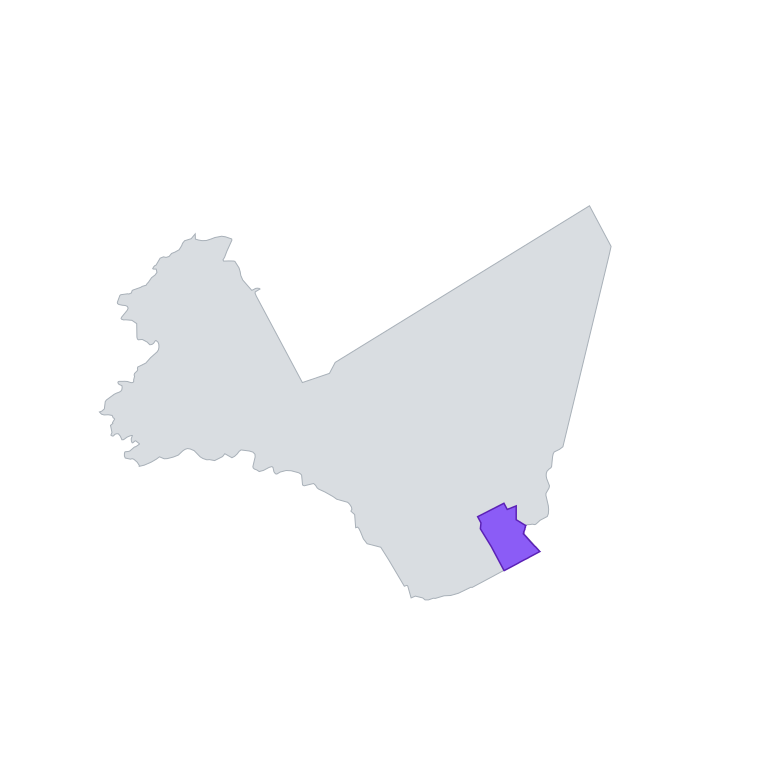 Tin-Essako, Kidal, Mali (highlighted), rotated 62°
{"feature_id": "8926073B78830545080626", "entity_name": "Tin-Essako", "entity_type": "district", "adm_level": 2, "iso_a3": "MLI", "parent_name": "Mali", "parent_adm1": "Kidal", "projection": "equal_earth", "projection_center": [3.476, 18.561], "detail": "fine", "context": "in_parent", "style": "filled", "palette": "violet", "viewbox_px": 768, "rotation_deg": 62, "n_neighbors": 0, "source": "geoboundaries", "source_scale": "gbopen_adm2", "svg_char_len": 4816}
<svg xmlns="http://www.w3.org/2000/svg" viewBox="0 0 768 768"><g transform="rotate(62 384 384)"><path d="M184.8,567.0L185.0,564.3L183.2,562.4L183.2,561.5L184.4,553.6L184.3,551.6L185.1,547.6L184.0,545.8L183.7,544.5L181.0,539.3L180.3,535.0L178.9,532.1L175.6,531.2L174.3,533.6L173.6,534.1L172.4,532.3L171.9,530.8L172.0,529.4L167.8,522.6L168.2,519.0L169.9,517.0L170.5,513.9L169.0,510.3L169.4,506.8L169.3,501.9L166.9,497.7L165.2,495.8L163.9,492.8L165.2,486.0L162.8,480.2L167.5,482.5L169.7,480.3L172.0,477.4L173.9,473.5L174.8,468.6L175.3,464.5L177.3,458.0L179.6,454.9L184.4,450.4L185.6,450.8L193.0,460.4L197.3,465.3L198.8,467.9L200.2,467.9L202.5,463.2L204.8,459.1L205.7,458.1L213.4,457.5L217.4,458.3L220.9,459.5L225.9,459.9L239.2,456.8L239.4,454.9L239.3,452.6L239.9,450.9L241.0,449.3L241.9,448.9L242.2,454.4L243.3,455.2L246.4,455.5L344.4,455.4L349.0,427.2L342.0,416.9L323.1,118.9L369.1,118.9L376.9,125.6L523.4,255.5L524.1,259.7L523.9,265.6L525.0,267.3L527.2,269.2L535.6,274.8L536.3,275.9L536.6,278.2L537.6,281.1L539.3,282.8L541.4,284.0L544.0,284.8L551.6,285.7L553.3,287.1L556.6,292.3L558.3,293.3L568.7,296.1L572.0,297.5L575.7,299.8L577.6,302.0L577.6,310.1L579.0,315.4L579.0,316.8L577.3,319.0L576.9,320.5L575.0,324.7L575.4,326.4L579.0,329.6L580.8,330.5L582.8,330.5L604.7,325.0L605.0,401.6L604.2,402.8L603.7,416.5L602.0,424.5L599.2,430.4L597.4,439.3L596.3,441.0L595.5,446.1L593.9,449.1L591.1,450.2L586.0,455.9L585.6,460.5L573.7,457.9L572.9,458.0L572.4,458.6L572.1,461.0L541.6,462.4L526.6,463.5L517.1,473.9L511.0,474.9L503.3,474.1L499.4,474.0L497.9,474.6L497.6,476.5L485.5,471.2L480.9,472.9L480.2,472.3L479.6,471.2L477.4,470.5L473.9,470.8L471.4,471.6L463.6,479.8L459.4,481.9L451.7,486.8L446.2,491.0L444.3,491.8L441.3,492.0L438.8,492.9L436.4,502.3L434.9,503.3L425.7,499.5L423.9,500.0L422.2,501.1L417.0,506.7L414.4,511.1L413.0,517.0L413.2,520.9L412.3,522.0L409.9,522.4L405.6,521.2L404.3,521.7L403.7,524.6L403.7,531.0L402.7,535.3L400.1,536.7L398.2,538.4L396.6,538.9L395.3,538.5L387.9,532.0L385.4,530.9L382.6,531.7L379.9,534.4L375.1,541.2L375.5,543.6L376.8,546.4L377.7,549.8L377.7,552.9L370.8,557.3L372.3,560.6L372.1,569.5L368.9,573.5L367.7,576.1L364.7,578.9L362.0,580.5L353.7,582.9L350.3,585.7L348.7,587.9L348.3,590.4L348.6,593.2L350.2,599.0L349.6,604.3L348.1,610.5L346.8,613.2L342.9,616.4L343.5,620.5L343.7,626.3L343.1,633.8L341.8,638.8L340.9,638.3L337.2,638.6L333.2,640.1L331.7,641.4L331.4,643.1L327.9,647.2L325.7,647.0L323.6,645.9L322.4,644.8L322.4,644.2L323.7,640.9L323.8,639.8L322.5,634.0L322.8,632.6L322.3,628.2L322.0,628.0L317.6,629.9L317.4,630.7L318.0,633.5L317.6,634.0L316.0,633.9L313.8,633.0L311.4,630.4L310.8,631.3L310.5,633.3L310.3,635.7L310.9,640.1L310.2,641.6L306.4,641.3L303.3,641.9L302.4,643.4L302.1,645.2L302.8,647.1L302.7,647.9L301.4,649.1L300.8,649.0L299.0,646.9L292.1,644.9L291.5,641.9L290.7,641.9L288.5,638.3L287.6,638.4L286.8,639.0L284.1,638.8L281.7,641.9L279.9,645.7L278.0,647.6L275.1,648.4L275.5,646.0L274.7,642.6L268.7,638.4L267.8,636.6L266.4,627.1L266.5,624.3L266.9,621.7L266.8,619.8L266.1,618.3L264.3,616.9L262.4,616.2L260.0,618.1L258.9,618.4L257.8,618.3L257.2,617.6L257.3,616.7L260.0,611.5L261.3,609.4L263.9,606.9L264.6,605.6L264.7,604.7L264.4,603.9L262.7,603.0L260.1,600.6L258.7,600.4L257.6,599.3L256.4,595.5L255.8,594.8L254.5,594.4L253.4,593.5L253.7,584.5L251.2,577.8L249.1,569.2L247.9,567.1L245.8,565.4L243.3,564.2L241.0,563.9L238.5,564.9L238.5,565.7L239.9,568.4L240.1,570.0L239.8,571.4L239.3,572.4L235.8,573.4L231.2,576.5L229.6,580.2L228.5,580.6L226.7,580.2L214.6,574.0L209.4,576.7L206.0,582.0L205.2,583.8L203.6,585.3L202.7,585.4L201.8,584.3L198.4,576.2L196.9,574.3L195.0,574.2L193.3,575.5L191.5,578.2L189.3,580.8L187.9,581.5L186.7,581.1L181.8,575.6L181.6,574.5L184.0,568.0L184.8,567.0Z" fill="#d9dde1" stroke="#a8b0b8" stroke-width="1"/><path d="M605.2,365.5L605.2,364.3L605.2,363.0L605.2,360.4L605.2,357.8L605.2,355.3L605.2,352.6L605.2,350.1L605.1,347.5L605.1,344.9L605.1,342.3L605.2,339.8L605.2,337.9L605.1,337.3L605.1,334.3L605.1,332.1L605.1,329.6L605.1,328.7L605.1,326.8L605.1,326.5L605.1,325.1L604.9,325.2L602.3,325.8L599.2,326.6L598.7,326.7L598.2,327.1L594.7,328.0L591.6,328.8L590.2,329.1L587.8,329.7L586.0,330.1L585.0,330.4L583.4,330.8L582.0,331.2L581.7,331.3L581.5,331.1L581.3,330.9L581.3,330.7L581.1,330.4L580.7,330.2L580.4,330.2L580.2,330.2L580.0,329.9L579.8,329.6L579.7,329.3L579.6,329.2L579.4,328.9L579.1,328.7L578.9,328.5L578.8,328.4L578.7,328.3L578.6,328.0L578.5,327.9L578.4,327.9L578.0,327.7L577.9,327.6L577.7,327.4L577.5,327.2L577.4,327.1L577.3,326.9L577.1,326.9L576.9,326.6L576.7,326.4L576.6,326.2L576.3,326.1L576.2,326.1L576.0,325.9L575.9,325.9L575.7,325.8L575.5,325.7L575.4,325.5L575.4,325.4L565.9,331.0L553.7,324.5L552.6,334.1L545.6,334.1L545.1,363.6L552.2,363.6L557.1,366.9L577.9,365.6L605.1,365.6L605.2,365.5Z" fill="#8b5cf6" stroke="#5b21b6" stroke-width="1.5"/></g></svg>